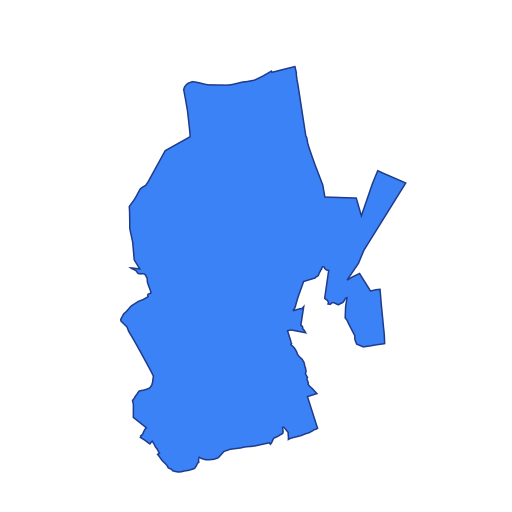 Huixtán, Chiapas, Mexico, rotated 253°
{"feature_id": "50627088B13883895679368", "entity_name": "Huixtán", "entity_type": "district", "adm_level": 2, "iso_a3": "MEX", "parent_name": "Mexico", "parent_adm1": "Chiapas", "projection": "robinson", "projection_center": [-92.432, 16.683], "detail": "fine", "context": "isolated", "style": "filled", "palette": "blue", "viewbox_px": 512, "rotation_deg": 253, "n_neighbors": 0, "source": "geoboundaries", "source_scale": "gbopen_adm2", "svg_char_len": 5984}
<svg xmlns="http://www.w3.org/2000/svg" viewBox="0 0 512 512"><g transform="rotate(253 256 256)"><path d="M233.0,107.9L232.3,108.4L225.8,111.9L221.2,112.2L211.5,114.6L197.5,117.6L178.4,121.5L171.2,122.8L166.6,120.6L165.6,120.4L165.4,120.2L164.6,119.5L163.4,118.9L163.1,118.6L162.8,118.3L162.2,117.6L161.4,116.5L160.9,115.5L160.7,114.6L160.6,113.8L160.5,109.7L160.9,107.0L160.9,106.8L160.9,106.3L161.0,105.2L161.0,104.8L160.6,104.1L159.6,102.8L159.1,102.4L158.7,101.9L158.4,101.3L157.9,100.9L157.7,100.3L157.2,99.7L156.6,99.2L156.4,98.7L155.7,98.2L154.2,96.1L154.1,95.7L149.8,95.3L137.5,91.5L123.8,100.9L122.8,99.2L120.7,97.1L118.5,95.3L118.3,94.4L117.9,94.0L117.6,93.0L116.3,92.8L116.2,92.5L112.4,95.8L107.8,99.1L107.3,99.6L108.5,101.2L109.1,102.3L109.2,102.7L107.9,103.0L106.4,103.4L104.8,103.8L103.1,103.9L100.8,104.8L99.2,105.3L98.2,105.4L97.6,105.5L95.7,106.1L95.1,103.9L93.3,104.6L90.4,105.6L89.7,105.8L89.0,106.1L88.2,106.3L87.7,106.6L86.3,107.2L85.7,107.7L85.1,107.9L84.6,108.2L84.1,108.5L83.0,109.1L82.4,109.3L81.8,109.7L81.5,109.7L80.8,109.9L79.1,110.1L76.6,112.9L75.0,113.5L73.3,116.2L72.1,118.6L71.5,121.4L71.3,125.2L70.8,128.1L70.7,131.5L70.7,134.2L71.1,135.5L72.7,137.5L73.5,138.2L74.0,138.6L74.8,139.6L75.4,140.2L75.6,141.1L76.5,141.1L78.2,141.6L80.2,142.7L80.1,142.9L78.3,144.6L75.9,148.3L75.0,151.0L73.9,156.2L74.0,160.1L74.5,161.7L78.4,168.1L78.5,168.8L78.7,174.8L76.8,186.1L76.8,187.7L76.7,189.0L76.2,191.8L75.9,193.2L75.5,194.7L75.2,196.1L75.0,197.6L74.7,199.2L73.5,214.0L71.8,214.7L72.3,215.6L72.7,216.2L73.1,216.5L73.5,216.7L73.8,217.1L74.0,217.3L74.5,217.7L74.9,218.1L75.5,218.7L75.7,218.8L76.6,219.7L77.1,224.1L78.0,227.1L78.0,228.1L78.3,228.9L78.7,229.9L79.0,230.0L79.7,230.3L79.9,230.5L80.2,230.6L80.8,230.7L81.0,230.8L82.6,231.0L82.9,230.9L83.7,231.0L84.1,231.2L84.3,231.6L84.4,231.9L84.2,232.2L83.8,232.7L77.8,235.2L77.6,235.0L72.4,233.8L71.1,233.3L71.6,236.0L71.2,243.4L71.1,247.4L71.3,248.6L71.5,251.6L71.5,255.3L71.9,257.0L72.3,259.1L73.0,261.1L72.8,262.2L72.8,262.4L73.2,264.5L106.5,264.1L106.6,274.0L111.4,271.7L112.4,271.3L113.5,270.5L115.2,269.6L116.5,268.9L118.4,268.3L119.3,269.0L120.3,268.9L120.5,268.9L120.8,268.7L122.0,268.8L122.7,268.7L123.5,268.8L124.2,269.1L125.0,269.8L125.7,269.5L127.8,269.1L128.6,268.9L129.0,268.8L129.4,269.0L129.7,269.3L131.0,270.2L133.4,270.4L134.1,270.6L134.3,270.5L134.8,270.6L135.4,270.4L140.2,270.8L143.8,269.9L147.3,267.8L150.5,266.8L151.8,267.0L156.3,266.0L159.3,264.6L159.4,264.4L160.1,263.9L161.2,263.5L161.8,264.4L163.0,264.1L163.9,264.4L175.3,264.3L175.2,266.8L174.8,268.4L168.1,281.0L168.4,280.9L168.7,280.9L169.0,280.7L169.3,280.8L169.7,280.7L170.2,280.6L170.5,280.4L170.9,280.3L171.2,280.1L171.7,280.1L172.2,279.7L172.5,279.6L173.1,279.6L173.3,279.5L173.6,279.6L174.1,279.8L174.6,279.8L175.0,279.8L175.6,279.6L176.6,278.6L193.6,286.8L193.0,285.8L192.6,285.3L192.4,284.1L192.4,283.6L192.7,282.7L192.8,277.0L192.8,276.7L192.7,276.3L192.8,275.9L193.5,275.9L193.9,276.8L195.5,278.4L201.9,282.5L205.1,284.7L217.7,294.1L217.7,306.0L218.1,306.5L218.4,307.6L218.7,308.7L218.8,309.3L219.5,310.2L220.2,310.8L221.1,311.3L221.5,311.7L221.9,312.2L222.1,312.5L222.8,313.2L223.4,313.6L223.6,313.8L223.8,314.1L223.9,314.3L224.1,314.7L224.5,315.1L224.9,315.1L225.2,315.3L225.5,315.6L226.1,316.4L226.2,316.6L225.7,317.6L225.4,318.0L224.8,318.1L224.4,318.0L224.0,318.0L223.5,318.3L223.2,318.5L222.7,318.9L222.2,319.3L221.9,319.4L221.7,319.7L221.0,321.3L196.1,309.6L195.9,309.5L195.6,309.4L195.3,309.4L194.7,309.6L193.5,310.7L192.9,311.2L191.1,311.7L189.9,311.5L189.1,310.8L188.7,311.5L188.1,312.8L188.4,313.8L188.9,314.6L189.1,315.2L189.0,315.7L188.7,316.5L188.4,317.0L186.6,318.9L185.3,320.4L185.4,321.1L185.4,321.6L185.8,322.7L185.9,323.5L185.8,323.8L186.3,325.7L186.4,326.0L186.6,326.2L187.0,326.7L188.0,327.7L188.7,328.5L189.3,329.0L189.5,330.8L181.4,326.9L177.7,325.6L170.8,323.2L167.5,324.4L165.1,324.6L162.8,325.0L150.8,327.2L147.8,326.2L145.7,326.2L142.3,326.5L137.7,332.1L136.5,339.9L136.1,343.7L135.3,348.8L134.7,352.5L134.6,353.4L138.0,354.3L139.2,354.7L139.9,354.8L140.6,355.0L143.0,355.6L146.8,356.4L150.7,357.1L152.9,357.6L173.3,361.7L187.9,364.9L188.7,360.7L189.0,355.3L209.0,349.9L207.7,341.6L206.3,336.0L219.0,351.8L230.0,360.9L282.0,420.5L298.2,401.6L302.0,397.4L291.9,389.1L291.3,388.6L263.6,368.5L282.1,368.8L286.9,354.7L287.8,352.2L291.7,340.6L292.3,339.1L304.3,340.6L327.6,339.0L337.8,338.6L344.4,338.4L348.8,338.4L353.9,339.1L354.4,339.1L354.9,339.0L355.1,338.9L355.5,338.9L356.0,338.7L407.0,346.1L412.4,346.7L418.2,347.7L419.5,348.2L425.8,348.6L426.3,339.1L427.0,324.9L428.3,324.8L425.9,314.5L424.6,305.8L425.2,300.7L425.4,298.7L425.5,297.9L425.7,297.1L426.2,294.7L426.3,293.8L426.4,292.3L426.5,290.2L426.9,283.9L427.2,281.6L427.6,279.3L428.4,276.5L429.1,274.4L431.7,266.3L432.4,264.3L432.8,263.0L432.8,262.7L433.8,260.0L434.4,258.8L436.3,255.5L437.9,252.9L440.2,248.6L441.3,246.2L441.2,245.6L441.3,245.6L441.0,241.2L439.6,238.5L438.4,237.0L436.3,235.5L426.5,234.4L414.7,232.9L401.2,230.4L391.7,228.5L389.3,227.8L383.3,200.0L383.1,199.8L358.3,174.3L355.8,171.2L355.0,167.6L354.0,164.9L347.0,157.8L345.2,155.7L340.4,149.3L335.5,148.1L325.8,145.3L319.1,143.3L305.2,142.1L287.9,138.4L277.6,141.1L281.2,133.0L281.3,132.7L280.4,133.4L279.7,134.2L279.2,134.7L278.6,135.4L278.0,136.0L277.7,136.4L277.2,136.8L276.6,137.1L274.5,137.8L274.2,138.0L273.9,138.1L273.6,138.4L273.3,138.8L273.1,139.4L273.0,139.6L272.9,140.1L272.5,140.6L272.4,141.1L272.4,141.8L272.3,142.1L272.2,142.6L272.0,143.0L271.8,143.3L271.5,143.7L271.2,144.0L270.5,144.5L270.2,144.7L269.8,144.9L269.1,144.9L268.7,145.0L268.2,145.0L267.6,145.1L267.1,145.3L266.3,145.4L264.6,144.9L263.3,144.6L262.4,144.5L261.3,144.5L259.8,144.6L259.1,144.5L256.1,144.8L252.8,144.9L251.9,144.8L251.5,144.8L251.2,144.5L251.2,143.4L251.0,141.7L250.6,141.2L249.9,140.9L248.6,140.9L247.4,135.5L247.0,130.4L244.9,122.7L244.2,121.2L242.6,118.7L240.5,115.2L239.5,112.8L238.7,111.9L234.8,108.0L233.0,107.9Z" fill="#3b82f6" stroke="#1e3a8a" stroke-width="1.5"/></g></svg>